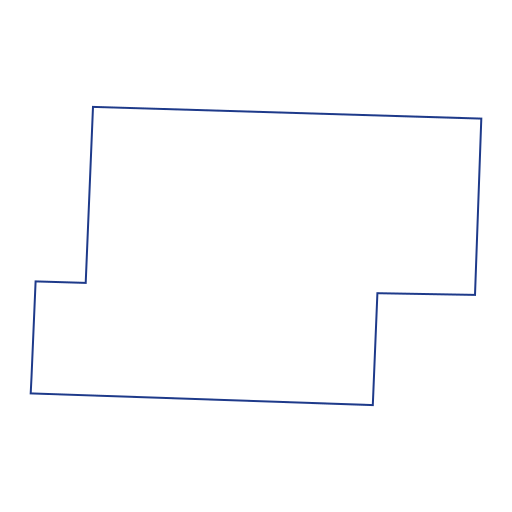 the district of Hickory, Missouri, United States of America
{"feature_id": "52423323B37478896946930", "entity_name": "Hickory", "entity_type": "district", "adm_level": 2, "iso_a3": "USA", "parent_name": "United States of America", "parent_adm1": "Missouri", "projection": "natural_earth1", "projection_center": [-93.331, 37.938], "detail": "fine", "context": "isolated", "style": "outline", "palette": "blue", "viewbox_px": 512, "rotation_deg": 0, "n_neighbors": 0, "source": "geoboundaries", "source_scale": "gbopen_adm2", "svg_char_len": 242}
<svg xmlns="http://www.w3.org/2000/svg" viewBox="0 0 512 512"><path d="M475.0,294.9L481.3,118.6L93.0,106.9L85.7,282.9L35.6,281.4L31.5,377.2L30.7,393.4L372.8,405.1L377.4,293.2L475.0,294.9Z" fill="none" stroke="#1e3a8a" stroke-width="2"/></svg>